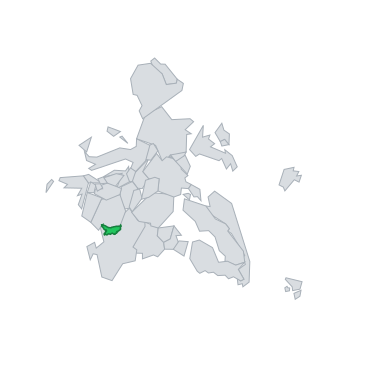 Moldova highlighted on a map of Europe, rotated 111°
{"feature_id": "MDA", "entity_name": "Moldova", "entity_type": "country or territory", "adm_level": 0, "iso_a3": "MDA", "parent_name": "Europe", "parent_adm1": "", "projection": "orthographic", "projection_center": [28.535, 46.964], "detail": "fine", "context": "in_parent", "style": "filled", "palette": "green", "viewbox_px": 384, "rotation_deg": 111, "n_neighbors": 37, "source": "natural_earth", "source_scale": "50m", "svg_char_len": 9120}
<svg xmlns="http://www.w3.org/2000/svg" viewBox="0 0 384 384"><g transform="rotate(111 192 192)"><path d="M236.3,57.1L244.0,56.4L248.0,62.7L244.6,64.5L240.1,73.6L238.4,73.5L236.3,57.1ZM262.1,115.8L256.6,118.7L257.5,114.6L254.8,112.3L247.7,121.0L240.3,116.2L236.4,121.5L232.3,120.0L216.6,140.3L215.6,144.7L212.9,144.0L209.7,149.2L206.0,167.3L200.1,174.0L199.1,169.9L190.9,175.2L183.1,171.2L188.5,150.9L236.2,113.1L255.7,106.4L262.3,110.5L259.6,112.2L262.1,115.8ZM255.2,57.2L250.1,60.5L244.7,55.0L250.7,53.9L255.2,57.2ZM251.4,68.9L248.2,71.0L246.0,69.5L247.1,68.2L246.6,66.4L249.3,65.6L251.4,68.9Z" fill="#d9dde1" stroke="#a8b0b8" stroke-width="1"/><path d="M156.8,211.8L173.5,231.1L161.5,242.7L162.2,262.8L136.2,263.3L123.2,250.9L131.7,236.8L124.3,220.1L125.8,215.7L136.3,220.7L137.9,213.6L140.2,217.6L156.8,211.8ZM164.9,277.3L169.6,269.3L166.6,279.1L164.9,277.3Z" fill="#d9dde1" stroke="#a8b0b8" stroke-width="1"/><path d="M200.1,174.0L208.8,160.5L209.7,149.2L212.9,144.0L215.6,144.7L228.8,122.8L238.7,117.6L244.6,125.0L244.6,136.5L240.0,137.9L237.0,145.5L225.7,154.4L222.1,162.6L225.9,170.9L218.3,178.4L212.2,193.9L201.1,196.6L200.1,174.0Z" fill="#d9dde1" stroke="#a8b0b8" stroke-width="1"/><path d="M255.2,197.1L264.8,200.8L264.6,205.4L272.2,214.3L267.0,216.3L269.1,222.3L264.5,227.4L236.8,225.3L237.7,210.6L245.4,208.7L249.2,200.4L255.2,197.1Z" fill="#d9dde1" stroke="#a8b0b8" stroke-width="1"/><path d="M285.1,262.1L291.8,262.7L280.6,270.6L273.9,264.9L278.7,261.3L270.1,256.4L257.1,265.5L257.9,258.3L263.0,258.4L257.1,247.7L240.9,249.8L229.5,244.7L237.9,232.6L236.8,225.3L241.0,223.5L264.5,227.4L265.8,222.8L276.6,220.4L283.8,231.0L303.4,234.9L303.7,245.7L284.5,258.2L285.1,262.1Z" fill="#d9dde1" stroke="#a8b0b8" stroke-width="1"/><path d="M237.7,210.6L238.4,218.3L236.0,219.5L238.5,230.9L232.6,241.1L207.1,229.3L202.0,212.0L203.2,207.2L217.0,202.6L237.7,210.6Z" fill="#d9dde1" stroke="#a8b0b8" stroke-width="1"/><path d="M208.0,244.1L202.6,252.5L196.5,253.0L176.0,244.3L190.6,245.2L195.1,237.0L206.7,239.7L208.0,244.1Z" fill="#d9dde1" stroke="#a8b0b8" stroke-width="1"/><path d="M229.5,244.7L231.8,248.3L223.8,257.5L212.3,259.8L203.6,251.5L208.0,244.1L229.5,244.7Z" fill="#d9dde1" stroke="#a8b0b8" stroke-width="1"/><path d="M255.1,264.3L261.2,265.5L256.6,275.6L231.0,274.0L220.2,258.4L233.7,247.1L248.4,247.0L254.7,256.0L255.1,264.3Z" fill="#d9dde1" stroke="#a8b0b8" stroke-width="1"/><path d="M249.2,200.4L245.4,208.7L237.7,210.6L230.1,196.7L243.6,195.5L249.2,200.4Z" fill="#d9dde1" stroke="#a8b0b8" stroke-width="1"/><path d="M252.2,188.9L255.2,197.1L249.2,200.4L243.6,195.5L230.1,196.7L236.2,186.4L238.5,191.3L245.2,185.6L252.2,188.9Z" fill="#d9dde1" stroke="#a8b0b8" stroke-width="1"/><path d="M254.7,176.5L252.2,188.9L242.3,186.6L239.7,177.8L254.7,176.5Z" fill="#d9dde1" stroke="#a8b0b8" stroke-width="1"/><path d="M203.2,207.2L203.3,224.2L191.5,227.4L195.1,237.0L190.6,245.2L168.7,238.9L173.5,231.1L168.3,228.4L167.6,222.1L170.7,211.7L174.5,210.3L178.1,201.7L181.4,203.7L184.6,201.4L185.3,195.4L190.1,196.5L192.1,203.3L198.4,201.7L203.2,207.2Z" fill="#d9dde1" stroke="#a8b0b8" stroke-width="1"/><path d="M229.9,271.3L231.0,274.0L256.6,275.6L253.9,286.3L230.0,289.6L229.9,271.3Z" fill="#d9dde1" stroke="#a8b0b8" stroke-width="1"/><path d="M244.9,328.1L236.7,330.1L230.6,327.5L231.7,325.0L244.9,328.1ZM220.6,291.9L247.3,289.0L244.6,293.6L233.4,293.9L236.5,297.6L228.0,296.3L234.0,313.0L229.5,311.0L229.1,320.3L225.8,320.2L215.8,299.1L220.6,291.9Z" fill="#d9dde1" stroke="#a8b0b8" stroke-width="1"/><path d="M220.6,291.9L215.8,299.1L212.6,294.8L215.8,279.7L220.6,291.9Z" fill="#d9dde1" stroke="#a8b0b8" stroke-width="1"/><path d="M204.8,254.0L215.9,263.6L199.6,263.9L209.7,280.3L199.5,272.3L196.2,261.7L190.9,260.3L204.8,254.0Z" fill="#d9dde1" stroke="#a8b0b8" stroke-width="1"/><path d="M177.1,241.8L178.7,249.0L164.9,250.0L160.6,245.4L165.7,238.6L177.1,241.8Z" fill="#d9dde1" stroke="#a8b0b8" stroke-width="1"/><path d="M166.6,222.0L167.0,226.3L165.1,225.3L166.6,222.0Z" fill="#d9dde1" stroke="#a8b0b8" stroke-width="1"/><path d="M169.3,218.2L165.1,225.3L156.8,211.8L166.3,212.8L169.3,218.2Z" fill="#d9dde1" stroke="#a8b0b8" stroke-width="1"/><path d="M177.0,202.8L169.3,218.2L160.1,211.6L168.6,202.8L177.0,202.8Z" fill="#d9dde1" stroke="#a8b0b8" stroke-width="1"/><path d="M92.0,246.2L96.0,245.6L100.9,254.5L92.4,262.2L90.6,272.1L84.5,277.4L80.3,274.9L83.8,267.1L82.3,262.9L92.0,246.2Z" fill="#d9dde1" stroke="#a8b0b8" stroke-width="1"/><path d="M86.7,276.8L92.4,262.2L100.9,254.5L96.0,245.6L92.0,246.2L93.7,239.0L100.8,237.8L141.3,264.3L135.2,270.4L129.3,269.6L121.4,277.9L122.0,281.9L108.2,290.0L92.9,287.8L86.7,276.8Z" fill="#d9dde1" stroke="#a8b0b8" stroke-width="1"/><path d="M134.8,183.7L128.3,191.8L117.1,188.8L122.8,184.4L124.4,177.9L134.5,174.5L131.2,180.4L134.8,183.7Z" fill="#d9dde1" stroke="#a8b0b8" stroke-width="1"/><path d="M179.6,246.5L193.1,251.9L192.6,257.7L185.5,257.6L185.0,265.9L207.8,293.5L207.0,296.9L200.7,292.0L200.4,301.7L192.9,306.8L195.9,300.6L193.5,293.3L176.7,275.2L174.4,264.6L169.4,260.4L162.2,262.8L163.5,248.1L179.6,246.5ZM176.9,305.6L192.4,304.7L188.9,314.2L176.9,305.6ZM161.2,280.5L168.1,285.1L165.7,293.1L161.3,293.7L161.2,280.5Z" fill="#d9dde1" stroke="#a8b0b8" stroke-width="1"/><path d="M190.1,196.5L185.3,195.4L186.7,185.6L196.9,180.5L194.4,185.3L195.9,188.4L190.1,196.5ZM200.3,191.6L197.4,199.4L194.6,195.1L194.8,192.5L200.3,191.6Z" fill="#d9dde1" stroke="#a8b0b8" stroke-width="1"/><path d="M134.8,183.7L131.2,180.4L134.5,174.5L138.4,180.6L134.8,183.7ZM143.2,190.9L143.8,174.6L140.8,176.5L143.6,167.5L152.3,158.8L157.9,161.4L151.8,166.1L158.2,168.1L150.1,176.3L153.1,178.0L153.8,198.6L157.4,201.3L153.3,209.5L125.7,205.3L137.0,201.8L132.4,195.7L136.6,195.6L138.8,188.2L143.2,190.9Z" fill="#d9dde1" stroke="#a8b0b8" stroke-width="1"/><path d="M157.7,105.7L154.7,108.5L154.2,113.3L137.9,114.1L132.4,105.6L136.0,105.1L134.6,99.6L139.6,100.1L137.2,95.9L144.4,95.6L143.9,100.9L157.7,105.7Z" fill="#d9dde1" stroke="#a8b0b8" stroke-width="1"/><path d="M193.1,251.9L203.6,251.5L204.8,254.0L198.4,259.7L191.5,258.1L193.1,251.9Z" fill="#d9dde1" stroke="#a8b0b8" stroke-width="1"/><path d="M257.5,114.6L256.3,122.9L259.9,126.8L257.8,131.3L260.8,138.0L259.2,143.2L261.7,147.6L260.7,151.6L265.1,155.6L264.1,158.7L255.0,170.2L238.5,173.6L234.2,167.9L236.6,152.9L248.1,142.0L243.9,134.1L244.6,125.0L238.7,117.6L247.7,121.0L254.8,112.3L257.5,114.6Z" fill="#d9dde1" stroke="#a8b0b8" stroke-width="1"/><path d="M231.8,240.7L228.5,245.3L211.4,246.9L208.0,241.9L215.7,236.4L231.8,240.7Z" fill="#d9dde1" stroke="#a8b0b8" stroke-width="1"/><path d="M203.3,224.2L212.5,230.5L216.9,236.6L197.7,239.6L191.6,232.0L191.5,227.4L203.3,224.2Z" fill="#d9dde1" stroke="#a8b0b8" stroke-width="1"/><path d="M210.3,279.3L202.0,269.3L200.9,261.5L215.6,265.9L215.1,274.1L210.3,279.3Z" fill="#d9dde1" stroke="#a8b0b8" stroke-width="1"/><path d="M227.8,283.2L230.0,289.6L218.8,290.2L220.1,284.2L227.8,283.2Z" fill="#d9dde1" stroke="#a8b0b8" stroke-width="1"/><path d="M214.0,259.1L220.2,258.4L230.3,269.1L228.6,282.4L224.0,283.4L221.0,276.6L218.2,279.2L214.0,274.2L214.0,259.1Z" fill="#d9dde1" stroke="#a8b0b8" stroke-width="1"/><path d="M217.2,280.5L213.5,284.6L209.7,280.3L214.0,274.2L217.2,280.5Z" fill="#d9dde1" stroke="#a8b0b8" stroke-width="1"/><path d="M219.2,285.4L217.2,280.5L220.2,276.9L225.1,280.7L219.2,285.4Z" fill="#d9dde1" stroke="#a8b0b8" stroke-width="1"/><path d="M248.4,246.7L248.5,246.5L249.4,245.9L249.6,246.0L250.1,246.1L251.0,246.1L251.5,245.7L251.7,245.8L252.0,245.6L252.3,245.4L252.4,245.5L253.0,245.6L253.5,245.8L253.8,246.2L254.1,246.4L254.4,246.4L254.6,246.6L254.6,246.8L254.9,247.0L255.4,247.0L255.7,247.1L255.6,247.4L255.7,247.6L255.9,247.4L256.0,247.5L256.1,247.8L256.5,247.5L256.8,247.6L257.5,247.7L257.9,248.5L258.1,248.8L258.3,248.9L258.6,248.8L258.8,248.6L259.0,248.7L259.3,249.2L259.3,249.9L259.4,250.2L259.2,250.6L259.1,251.1L259.0,251.4L259.0,251.7L259.1,251.9L259.3,252.0L259.9,252.4L260.1,252.7L260.4,252.9L260.7,252.9L260.8,253.1L260.8,253.6L260.7,254.0L260.9,254.5L260.9,254.8L261.0,255.0L261.6,255.5L262.3,255.8L262.5,256.1L262.6,256.5L262.6,257.1L262.5,257.7L263.4,258.4L263.3,258.5L263.2,258.7L262.3,258.8L262.2,258.9L261.8,258.3L261.6,258.2L261.4,258.4L261.2,258.6L260.9,258.5L260.6,258.3L260.5,258.2L260.4,258.2L260.2,258.3L259.8,258.1L259.6,258.6L259.4,258.7L259.4,257.9L259.1,257.8L258.7,258.0L258.3,258.2L258.2,258.4L258.2,258.8L258.3,259.3L258.5,260.0L258.4,260.3L258.3,260.8L257.9,261.2L257.4,261.5L257.3,262.0L257.1,262.4L256.6,262.8L256.3,263.2L256.4,263.5L256.4,263.8L256.3,264.0L256.2,264.2L255.5,264.3L255.3,264.4L255.0,264.6L254.8,264.2L254.6,263.8L254.4,263.6L254.5,263.6L254.8,263.3L254.8,262.9L254.7,262.4L254.6,262.2L254.6,261.8L254.6,261.3L254.7,260.2L255.0,258.9L255.2,258.3L255.1,257.9L255.2,257.1L255.0,256.6L254.8,256.1L254.5,254.9L254.1,254.5L253.5,254.1L253.3,253.7L253.2,253.3L252.9,253.0L252.5,252.6L252.1,251.8L251.9,251.4L251.4,250.7L251.1,250.2L251.0,249.8L250.9,249.4L250.6,248.7L250.3,248.1L250.1,247.7L249.9,247.4L249.6,247.1L249.1,246.8L248.8,246.7L248.4,246.7Z" fill="#22c55e" stroke="#15803d" stroke-width="1.5"/></g></svg>